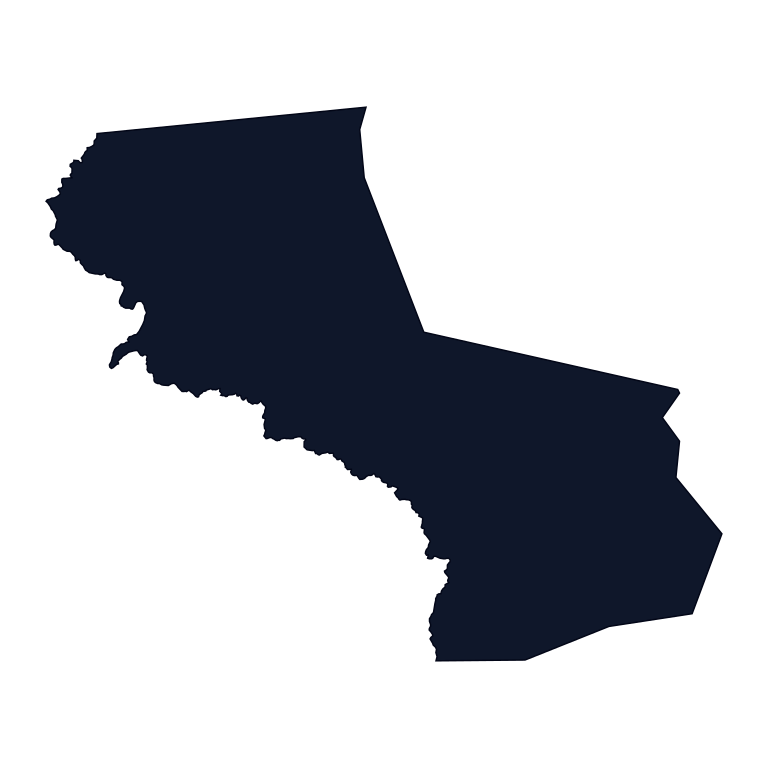 Tambura, Western Equatoria, South Sudan
{"feature_id": "79223893B47853667167464", "entity_name": "Tambura", "entity_type": "district", "adm_level": 2, "iso_a3": "SSD", "parent_name": "South Sudan", "parent_adm1": "Western Equatoria", "projection": "mercator", "projection_center": [26.783, 6.031], "detail": "fine", "context": "isolated", "style": "filled", "palette": "ink", "viewbox_px": 768, "rotation_deg": 0, "n_neighbors": 0, "source": "geoboundaries", "source_scale": "gbopen_adm2", "svg_char_len": 6026}
<svg xmlns="http://www.w3.org/2000/svg" viewBox="0 0 768 768"><path d="M366.0,107.2L97.0,133.6L96.8,138.1L94.2,141.0L94.2,143.4L93.8,145.1L91.6,146.5L89.4,147.5L87.2,147.7L87.2,150.5L85.6,151.5L84.8,152.7L84.6,153.5L83.8,154.9L81.3,158.1L81.9,158.9L82.5,161.3L82.1,162.5L80.1,162.7L78.3,160.7L73.9,160.3L73.9,161.5L73.1,162.7L70.3,164.3L70.1,166.3L71.1,167.1L72.1,168.5L71.9,173.3L70.5,174.3L70.3,175.3L71.9,177.7L66.1,178.4L63.2,178.4L61.9,179.1L61.8,182.4L62.6,183.9L62.9,185.9L62.3,187.5L60.7,188.2L58.7,188.5L58.1,189.5L59.9,191.9L60.3,193.9L58.9,195.3L56.7,196.8L54.4,197.9L51.6,198.2L50.2,199.1L47.3,199.8L46.1,201.3L47.7,202.7L50.3,206.5L51.4,209.1L53.1,210.6L55.4,215.0L55.4,215.9L57.4,219.9L56.1,224.2L55.7,228.1L54.5,229.6L52.5,230.7L51.1,232.0L50.5,233.4L50.3,236.0L51.1,237.4L54.1,239.9L54.0,242.8L54.3,244.4L55.0,245.2L56.3,245.0L57.7,244.4L58.9,244.4L62.4,248.1L63.2,249.3L67.0,251.2L70.3,251.4L71.5,252.5L72.8,254.2L74.6,255.9L75.3,257.4L75.3,259.1L75.7,260.6L76.8,260.5L78.4,259.3L80.3,260.4L80.4,262.8L81.7,264.3L83.4,265.9L84.3,267.9L85.6,270.1L87.8,271.4L89.2,272.6L95.2,273.9L98.3,274.0L99.7,274.6L101.8,274.6L104.8,273.0L105.9,274.0L106.0,275.6L107.3,277.3L108.8,277.6L110.2,277.5L112.1,277.9L113.4,279.2L116.7,280.2L120.1,280.3L122.1,281.6L122.0,284.7L123.9,286.3L124.6,287.9L123.7,291.4L120.5,297.7L119.6,300.6L119.5,301.9L119.8,303.6L120.6,304.0L121.3,306.0L122.5,306.0L123.4,307.1L125.6,308.1L129.7,308.1L131.1,309.0L132.6,309.1L133.6,307.8L135.8,302.8L137.5,301.4L139.6,301.3L141.6,301.4L144.0,304.9L144.7,308.0L145.5,310.3L146.4,312.0L146.4,313.4L145.1,315.9L144.4,320.5L142.8,324.4L139.1,331.4L136.5,334.6L134.2,334.9L131.8,336.3L129.3,336.8L127.6,339.4L128.9,341.9L126.2,342.4L124.5,343.7L123.0,344.0L121.2,344.0L118.1,346.8L116.4,347.8L114.9,349.4L113.3,352.8L113.1,355.2L112.2,357.6L112.0,359.1L111.2,361.9L109.5,364.6L109.5,365.7L109.9,367.2L111.4,368.4L113.0,367.7L116.8,364.3L118.4,363.9L118.4,362.7L117.7,361.9L118.0,361.1L119.6,359.4L121.3,358.1L122.5,356.4L126.2,354.2L127.6,352.9L129.0,352.1L133.9,350.8L136.0,350.5L137.6,350.6L139.9,354.1L140.9,355.3L142.6,355.9L144.1,354.8L145.9,354.8L147.2,356.2L147.3,357.0L146.8,358.1L146.5,360.2L147.3,361.7L146.3,364.0L147.3,364.9L147.4,368.0L147.1,369.7L148.5,372.1L149.8,372.8L151.9,372.8L152.9,373.5L153.5,374.3L153.5,376.0L154.1,377.8L154.0,380.1L154.5,381.6L155.7,382.7L157.7,383.5L159.5,383.5L161.7,384.8L163.3,385.1L168.3,385.5L171.4,383.7L173.2,383.3L174.3,383.3L175.9,384.4L177.1,385.7L178.1,387.3L182.0,391.4L183.7,391.5L185.3,391.3L186.6,391.6L188.2,390.5L189.3,390.4L190.5,391.6L193.3,393.6L195.7,396.3L197.3,397.1L198.5,396.8L199.2,394.7L202.3,392.6L202.8,391.5L205.8,391.0L206.2,390.2L207.2,389.8L211.1,388.6L212.4,389.7L214.2,389.5L215.6,389.8L216.8,389.5L218.1,388.7L220.1,388.6L219.7,391.3L221.3,392.9L221.7,394.0L220.8,395.2L222.9,395.7L223.9,395.5L225.9,396.6L227.3,396.2L227.8,395.3L229.2,394.9L232.4,394.7L234.3,394.2L235.5,393.3L236.8,394.2L237.0,395.8L238.5,396.0L239.4,395.1L240.8,395.9L241.3,397.9L242.5,399.7L243.6,400.0L244.7,399.2L246.0,397.7L247.1,398.4L247.2,399.6L247.8,400.9L248.9,402.2L250.0,402.4L251.2,403.4L252.7,404.1L254.8,403.1L256.4,403.6L257.6,403.6L259.5,402.2L260.2,401.2L261.2,401.1L262.2,402.9L263.4,404.5L264.9,405.6L265.7,406.8L265.6,408.5L264.9,410.2L264.6,412.9L263.2,415.2L262.7,416.4L262.7,417.8L265.2,418.8L265.2,420.0L264.1,424.5L264.6,428.5L265.6,429.6L265.6,431.2L265.1,432.2L264.7,434.1L263.9,435.9L266.1,438.6L267.2,438.5L269.9,437.5L271.4,437.5L272.7,438.5L274.1,439.1L275.8,440.3L277.3,440.7L278.1,440.3L279.6,440.3L280.9,438.9L284.7,438.1L286.2,438.6L288.4,438.5L290.4,438.7L293.2,438.5L294.1,437.7L298.2,436.7L300.8,436.7L302.2,438.3L303.7,438.9L305.3,438.9L305.8,439.9L304.2,441.6L304.1,447.0L307.1,449.8L312.3,450.6L314.3,450.4L315.6,453.5L316.8,453.5L318.3,454.7L319.3,455.0L321.9,453.4L325.8,452.8L327.7,452.0L329.4,453.4L333.0,453.1L333.5,454.1L333.5,455.7L334.2,456.6L335.6,457.4L337.2,459.6L338.5,459.6L340.3,458.8L341.4,459.6L341.9,460.9L344.2,462.4L344.8,463.8L344.8,464.9L345.8,465.9L345.2,467.0L346.0,467.6L346.7,468.6L347.6,469.5L351.4,469.3L351.3,470.4L350.8,471.6L350.8,472.5L351.6,474.0L352.5,474.9L353.3,475.3L354.8,475.6L356.4,475.3L357.2,475.7L359.1,478.6L359.8,479.4L362.5,479.2L363.9,478.7L365.5,477.5L366.0,476.7L367.0,476.1L368.8,475.2L369.5,475.4L370.9,475.4L372.0,475.0L373.9,473.5L374.6,473.9L375.9,476.7L377.8,477.0L379.3,476.8L381.5,479.1L381.5,480.5L382.3,481.6L383.8,482.4L386.6,482.9L387.8,484.1L387.5,486.5L388.3,487.2L391.0,486.9L392.3,485.8L396.2,487.2L397.8,488.2L397.8,489.4L394.6,492.8L396.7,496.6L398.1,497.7L398.6,498.8L399.6,499.9L400.7,499.9L401.5,499.5L405.2,499.3L406.0,499.7L408.4,499.8L410.3,500.5L411.4,501.6L411.4,504.2L412.3,505.5L412.3,506.1L411.8,507.1L412.3,508.3L413.5,509.5L415.2,510.5L416.1,512.6L417.2,512.6L418.8,513.3L419.2,514.8L418.8,516.1L422.4,517.7L422.7,519.2L422.4,521.5L422.4,523.3L421.9,524.6L421.9,525.5L421.4,526.3L421.4,527.6L422.4,528.3L423.8,528.3L424.4,529.6L424.1,532.5L424.4,533.7L426.1,535.2L429.7,540.0L430.3,541.3L428.6,545.0L428.3,547.4L426.4,549.7L425.6,551.8L425.4,553.4L426.5,555.2L428.1,555.0L428.1,556.2L427.6,558.2L429.3,558.8L431.6,558.8L432.7,558.3L433.7,556.4L435.7,556.3L440.0,558.2L443.7,558.8L445.1,558.8L446.8,558.3L448.8,558.3L450.2,559.9L450.1,561.7L449.1,562.7L447.4,565.0L447.4,568.6L446.4,569.9L444.5,571.1L444.9,572.6L448.6,577.0L448.6,578.3L447.8,580.0L447.7,581.0L448.8,582.6L445.2,584.6L445.1,587.0L442.8,589.0L441.5,591.0L440.9,593.7L438.7,593.9L437.1,594.9L437.1,596.4L436.5,597.0L435.7,598.7L435.7,600.3L434.9,603.8L433.5,612.5L431.5,614.7L431.0,616.3L429.5,618.7L429.5,621.4L430.6,624.5L430.6,626.2L429.4,628.4L429.2,630.0L431.1,632.2L432.6,634.5L432.6,636.1L430.9,637.4L430.1,638.9L432.7,643.3L433.2,645.0L435.6,647.3L436.5,649.4L435.9,652.6L437.1,656.6L436.0,660.8L525.0,660.0L609.0,626.4L692.1,613.7L721.9,533.8L675.9,477.5L679.5,441.2L662.3,417.6L679.5,393.1L677.7,389.5L423.8,332.2L364.2,177.7L359.7,129.5L366.0,107.2Z" fill="#0f172a" stroke="#020617" stroke-width="1.5"/></svg>